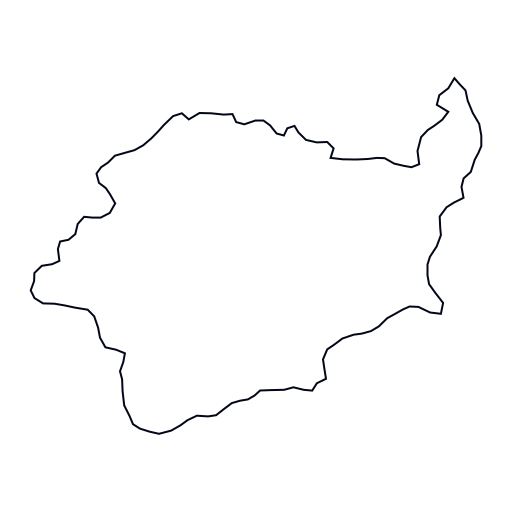 the district of São Félix de Minas, Minas Gerais, Brazil
{"feature_id": "56859067B81649197626809", "entity_name": "São Félix de Minas", "entity_type": "district", "adm_level": 2, "iso_a3": "BRA", "parent_name": "Brazil", "parent_adm1": "Minas Gerais", "projection": "orthographic", "projection_center": [-41.443, -18.569], "detail": "fine", "context": "isolated", "style": "outline", "palette": "ink", "viewbox_px": 512, "rotation_deg": 0, "n_neighbors": 0, "source": "geoboundaries", "source_scale": "gbopen_adm2", "svg_char_len": 1935}
<svg xmlns="http://www.w3.org/2000/svg" viewBox="0 0 512 512"><path d="M149.7,431.7L159.0,433.8L171.2,430.6L180.5,425.3L187.6,420.1L196.9,415.7L208.1,416.4L216.1,415.2L223.3,409.5L231.8,403.1L240.1,400.7L247.9,399.4L254.6,395.5L260.1,390.5L270.9,390.1L284.2,389.8L293.4,387.3L303.7,389.8L312.2,390.6L316.9,383.2L326.0,378.8L324.5,369.5L323.0,359.4L327.2,349.4L333.7,345.0L342.4,338.5L353.6,334.7L361.9,333.6L370.9,331.1L378.8,326.4L387.2,318.2L396.1,313.3L403.0,309.4L409.6,306.5L418.4,306.9L430.1,312.5L440.9,313.8L443.1,302.9L435.2,292.7L429.1,284.2L427.5,275.4L427.5,264.5L429.9,256.8L436.7,246.4L440.9,235.1L440.2,227.7L439.7,216.5L446.6,207.2L453.9,202.6L463.5,197.8L461.5,186.9L463.6,178.4L470.8,171.9L474.7,159.8L478.4,152.9L481.3,146.1L481.3,135.6L479.2,123.9L472.8,113.0L467.7,100.7L465.5,90.4L459.8,84.4L454.4,78.2L448.3,88.3L439.3,95.2L436.8,104.8L448.3,111.8L442.2,119.8L434.1,125.9L427.8,130.0L421.1,137.1L417.5,151.0L419.2,164.2L411.5,167.2L404.1,165.9L394.2,163.6L384.7,158.2L376.9,157.9L367.8,159.0L356.3,159.5L342.9,159.3L330.6,157.9L333.6,148.4L327.2,142.0L316.7,142.4L306.0,139.9L298.4,132.4L294.5,125.9L287.3,128.3L283.9,135.5L276.6,133.5L270.1,125.4L263.4,120.5L255.5,120.5L244.3,124.3L236.2,122.1L232.5,114.1L223.7,114.6L211.3,113.3L199.5,113.0L188.8,119.4L181.9,113.3L173.1,116.1L163.8,125.1L157.7,131.9L151.3,138.4L143.2,145.3L134.4,150.2L126.1,152.5L114.9,155.7L108.0,162.6L101.1,167.2L96.5,173.6L99.0,182.9L105.8,188.1L109.9,194.1L115.2,203.4L109.8,212.9L100.7,217.6L92.3,217.6L84.1,216.8L77.7,224.0L75.3,234.1L68.5,239.8L60.1,241.5L57.9,249.1L59.4,260.9L52.1,264.2L41.8,265.8L34.4,273.0L34.1,281.1L30.7,290.4L34.5,298.1L43.0,303.4L54.3,303.7L64.0,305.3L75.4,307.7L87.7,309.7L94.2,316.3L98.1,327.7L100.0,337.7L105.4,347.3L116.0,349.7L124.9,353.3L123.3,362.0L120.0,371.3L122.1,379.3L122.6,391.4L124.2,405.4L129.4,415.7L133.0,424.2L139.9,428.6L149.7,431.7Z" fill="none" stroke="#020617" stroke-width="2"/></svg>